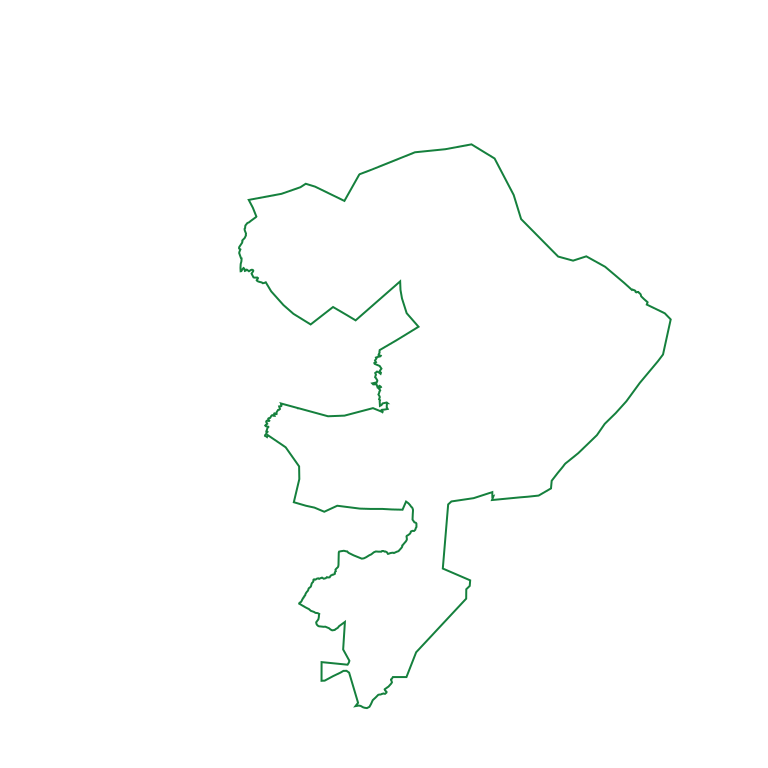 Santiago Chazumba, Oaxaca, Mexico (Natural Earth projection), rotated 46°
{"feature_id": "50627088B38611852614507", "entity_name": "Santiago Chazumba", "entity_type": "district", "adm_level": 2, "iso_a3": "MEX", "parent_name": "Mexico", "parent_adm1": "Oaxaca", "projection": "natural_earth1", "projection_center": [-97.716, 18.178], "detail": "fine", "context": "isolated", "style": "outline", "palette": "green", "viewbox_px": 768, "rotation_deg": 46, "n_neighbors": 0, "source": "geoboundaries", "source_scale": "gbopen_adm2", "svg_char_len": 6129}
<svg xmlns="http://www.w3.org/2000/svg" viewBox="0 0 768 768"><g transform="rotate(46 384 384)"><path d="M542.5,386.9L560.1,364.8L565.1,358.7L571.5,350.5L571.7,350.2L575.1,336.4L570.1,330.6L568.7,321.0L567.7,312.3L567.4,310.7L567.2,308.9L568.7,292.3L568.7,266.4L566.0,252.9L565.9,237.6L564.8,221.7L560.9,199.2L557.9,171.1L556.6,162.8L536.7,132.9L528.2,132.9L509.4,139.8L508.3,137.6L503.3,138.0L499.6,138.1L497.8,137.1L496.0,137.1L495.2,137.3L494.5,137.1L493.7,138.0L493.4,138.8L493.0,139.0L492.3,139.0L491.6,138.5L490.6,138.7L489.8,139.2L488.7,139.6L488.6,140.3L478.1,141.0L453.3,143.5L432.7,149.8L426.6,162.3L413.3,170.2L360.6,170.8L338.1,159.4L298.6,147.8L272.4,154.6L257.7,176.8L238.8,200.8L220.3,246.2L216.2,255.7L216.2,256.5L224.8,285.3L194.1,296.5L185.6,301.2L184.4,307.4L176.0,325.6L157.6,353.4L166.1,355.9L174.9,359.5L175.0,360.2L174.1,366.9L174.0,368.6L173.3,370.5L173.7,373.6L174.7,374.9L175.3,375.5L175.6,376.6L176.9,377.5L180.0,378.8L180.6,379.7L181.2,380.1L182.2,382.8L182.3,386.0L182.6,386.6L183.0,386.7L183.8,387.9L184.9,392.9L185.4,393.7L185.9,394.1L187.4,393.8L188.5,396.2L189.2,397.2L194.2,399.5L194.7,399.2L195.4,399.9L196.8,401.5L198.1,403.7L200.8,406.6L203.3,408.8L203.7,408.2L203.1,406.1L203.0,404.5L203.7,404.4L204.9,404.9L206.0,405.5L206.4,404.6L206.1,403.6L206.6,403.2L209.1,402.8L209.5,400.7L210.0,399.7L210.7,399.2L211.5,399.2L212.0,399.8L212.6,402.6L216.6,403.8L217.4,403.4L219.4,401.2L220.3,401.1L220.5,401.5L220.9,403.5L221.7,403.6L222.8,403.3L224.1,402.6L226.0,401.4L227.3,401.2L228.2,399.8L228.7,398.4L239.0,400.8L257.4,401.5L270.6,400.4L290.2,395.4L293.2,367.2L308.8,362.8L318.5,360.2L321.4,301.1L327.8,306.8L334.9,311.6L348.8,318.5L366.8,319.4L361.4,343.8L356.6,363.5L357.8,365.1L358.4,365.4L359.1,367.5L359.9,368.2L360.7,367.1L361.4,366.7L361.6,367.3L359.9,370.2L359.4,371.4L360.4,371.7L360.8,374.1L362.7,374.6L362.1,376.2L362.5,376.6L363.1,376.7L368.0,374.6L371.2,375.2L371.6,377.9L372.1,378.3L373.8,378.4L374.3,379.4L372.0,379.7L370.2,380.4L370.0,382.7L371.8,383.4L372.4,384.8L373.0,385.7L374.2,385.7L376.7,386.3L377.1,386.6L377.7,388.0L377.0,389.4L375.4,392.0L376.8,392.0L379.0,389.6L381.8,390.9L382.2,388.5L383.7,388.2L384.1,388.3L383.6,390.9L385.9,391.1L386.2,392.0L386.2,392.5L386.9,393.4L387.7,395.3L389.3,395.6L390.5,396.1L391.6,398.2L392.9,398.1L393.3,399.0L396.9,402.1L397.4,400.5L397.0,398.5L399.2,394.9L400.2,394.8L399.8,395.2L402.6,398.2L404.5,398.7L402.6,401.6L401.1,403.4L401.0,404.5L402.2,404.1L403.0,404.2L403.2,404.7L402.3,404.9L393.7,408.7L379.3,434.4L368.3,446.7L341.9,462.4L341.8,462.8L341.5,462.9L341.6,462.6L326.5,471.6L326.8,471.7L327.1,472.2L328.4,472.8L328.5,473.0L328.5,473.4L327.3,475.0L328.9,475.8L329.7,476.2L329.7,476.8L329.6,477.5L329.1,478.2L329.2,478.7L329.7,480.8L330.2,481.9L330.8,481.9L331.0,482.2L330.6,482.6L329.3,483.0L329.0,483.2L329.2,483.9L330.9,484.8L329.9,485.7L328.9,485.9L328.7,486.2L328.7,487.4L329.3,489.4L328.5,490.8L328.5,491.3L328.8,491.7L329.3,491.9L330.7,491.9L330.8,492.1L330.7,492.5L329.3,493.4L329.0,493.8L329.0,494.2L329.1,494.7L329.5,495.1L331.5,495.6L331.3,497.7L331.4,498.3L332.3,498.3L334.1,497.1L334.4,496.9L334.6,497.0L334.6,498.1L336.4,501.7L336.6,501.8L337.0,501.5L337.3,501.0L337.5,501.0L337.6,502.7L338.2,503.3L338.1,504.6L338.3,505.1L338.6,505.2L338.7,505.6L339.0,505.6L339.8,505.1L340.9,505.0L340.2,503.1L361.2,498.7L384.3,502.3L393.6,511.0L406.4,531.0L417.4,524.7L424.6,519.9L434.4,515.7L439.1,502.2L456.9,487.9L465.3,479.7L472.8,471.9L479.8,465.4L487.3,458.0L483.9,449.8L486.8,449.3L489.5,449.4L490.9,449.7L492.0,449.6L492.9,449.7L494.0,450.2L494.7,450.6L495.5,451.4L497.4,453.5L501.4,457.7L504.7,458.2L505.7,457.6L506.4,457.5L507.0,457.7L509.4,460.0L509.7,461.2L510.6,462.8L510.6,464.4L509.3,465.7L508.8,467.2L509.3,467.9L509.7,469.2L509.5,471.5L509.1,472.8L509.1,473.2L509.2,473.6L511.5,475.3L511.9,475.9L512.4,477.5L512.7,481.2L512.9,481.7L512.8,482.9L512.9,483.2L513.3,483.5L513.7,484.0L514.0,485.4L514.3,489.7L513.5,491.4L512.5,494.3L511.6,494.7L510.4,496.3L509.7,497.6L509.3,498.7L508.9,499.2L507.1,498.8L505.5,499.3L505.0,500.0L504.5,500.2L503.9,500.3L502.8,501.4L502.8,502.3L500.6,504.6L498.8,506.2L498.0,508.2L497.7,511.5L497.0,513.5L496.2,517.2L495.4,519.6L494.2,521.3L486.1,524.9L480.8,526.8L478.8,526.8L478.5,527.2L476.1,528.7L474.4,531.1L473.4,532.7L473.7,533.4L474.2,534.0L482.5,542.4L483.4,543.6L483.7,544.3L483.7,545.0L483.7,546.2L483.8,547.8L484.5,548.4L485.2,548.7L485.2,549.6L485.5,550.5L486.4,551.1L486.0,552.8L485.3,553.6L485.3,554.2L484.8,555.4L485.3,557.4L484.2,558.8L483.7,559.1L483.3,559.2L483.2,560.9L482.2,562.6L480.2,563.1L479.9,564.1L479.5,564.6L479.2,565.9L478.8,566.2L478.1,566.3L477.7,567.0L477.3,567.8L477.2,568.9L476.9,569.5L476.0,569.9L475.8,570.4L475.9,570.9L476.8,571.8L477.1,572.5L477.1,573.5L477.2,574.3L477.6,575.2L478.4,576.4L478.9,577.4L478.9,578.4L478.7,579.8L478.8,580.4L479.4,581.3L479.9,582.7L479.9,583.8L480.2,585.3L480.7,586.8L481.3,587.5L481.2,588.5L481.6,589.1L481.5,589.7L481.9,590.5L481.8,591.3L482.1,591.7L482.3,592.6L482.9,594.1L483.1,595.4L482.7,596.7L483.1,597.6L489.9,595.7L492.9,594.7L493.5,594.4L496.3,594.2L499.3,592.7L501.0,592.3L502.7,590.9L504.4,590.3L505.3,591.6L506.4,592.8L507.7,594.7L508.3,598.3L509.6,599.2L510.7,599.5L512.4,599.4L513.1,599.1L516.7,596.1L517.8,594.8L521.5,593.2L523.4,593.0L525.2,592.4L526.7,590.3L526.7,589.3L527.3,586.6L527.0,584.6L528.0,577.4L546.6,597.8L559.1,601.2L560.0,602.9L560.6,605.2L540.7,622.1L554.1,635.1L556.2,632.7L558.8,623.5L561.4,615.7L562.2,612.4L564.3,610.2L567.4,609.6L595.3,624.1L595.9,628.3L597.8,625.5L599.4,624.4L602.1,623.6L603.5,622.8L605.3,621.4L606.1,618.7L605.2,615.7L603.6,611.7L603.7,607.9L603.6,604.1L604.0,603.3L605.1,602.0L605.3,601.3L605.5,600.7L605.8,600.4L606.1,599.5L606.5,599.3L607.6,598.5L607.7,596.7L607.4,596.1L605.0,596.0L604.1,595.6L604.1,595.1L604.5,593.0L604.5,592.4L604.8,591.1L604.5,586.9L604.1,585.5L602.7,584.8L601.9,584.6L601.4,584.2L601.5,583.2L601.0,581.2L610.4,571.4L599.3,547.2L595.5,474.0L588.8,467.4L588.8,462.6L585.1,458.4L557.6,469.9L515.2,421.5L515.3,417.1L528.4,398.8L537.0,381.2L540.3,384.3L540.7,383.2L542.5,386.9Z" fill="none" stroke="#15803d" stroke-width="2"/></g></svg>